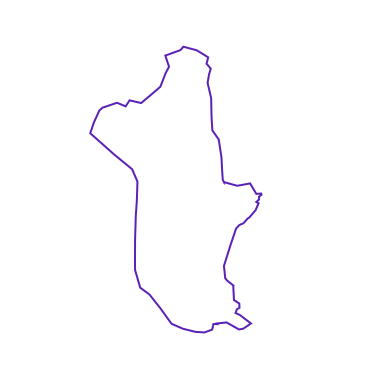 Bokomu, Gbapolu, Liberia, rotated 304°
{"feature_id": "62588387B58325877345443", "entity_name": "Bokomu", "entity_type": "district", "adm_level": 2, "iso_a3": "LBR", "parent_name": "Liberia", "parent_adm1": "Gbapolu", "projection": "robinson", "projection_center": [-10.158, 7.228], "detail": "fine", "context": "isolated", "style": "outline", "palette": "violet", "viewbox_px": 384, "rotation_deg": 304, "n_neighbors": 0, "source": "geoboundaries", "source_scale": "gbopen_adm2", "svg_char_len": 1447}
<svg xmlns="http://www.w3.org/2000/svg" viewBox="0 0 384 384"><g transform="rotate(304 192 192)"><path d="M183.8,74.8L179.6,106.2L177.4,129.6L170.7,140.1L170.2,140.9L155.9,149.9L153.3,151.5L140.5,158.9L129.5,165.9L127.7,167.0L120.3,171.7L104.6,182.2L95.5,188.4L83.7,202.6L83.4,210.5L83.2,214.2L82.2,217.3L78.4,229.3L78.2,230.0L71.3,248.7L73.6,261.1L75.8,267.1L78.0,273.1L82.5,280.8L89.2,285.7L94.5,283.6L96.5,286.7L96.8,286.0L103.2,293.6L104.3,307.8L107.3,310.9L116.0,314.4L116.8,300.2L116.0,295.8L119.8,294.8L122.6,296.1L126.0,293.5L125.9,287.2L137.1,278.8L137.3,278.7L137.6,278.7L138.2,270.6L139.0,268.4L139.0,267.9L139.2,267.7L148.6,259.8L167.9,254.1L168.8,253.8L186.3,249.0L191.0,249.7L194.8,252.1L201.1,253.0L203.1,253.8L203.8,253.9L211.2,254.7L212.4,254.9L219.9,253.5L219.7,251.4L219.7,250.9L223.3,251.8L225.5,250.2L228.6,251.1L229.4,250.2L226.4,246.4L231.3,236.0L231.6,235.4L223.4,227.0L222.4,225.9L218.2,213.3L217.8,213.4L219.4,210.6L228.2,203.8L236.6,197.5L237.7,196.6L250.5,184.8L254.4,174.5L260.2,170.0L265.1,166.3L267.6,164.5L278.1,157.1L280.4,155.5L287.3,148.1L291.2,143.9L298.9,140.4L304.7,138.6L306.5,132.3L312.7,130.1L312.3,120.3L312.1,116.5L311.3,114.2L307.6,103.6L303.2,103.1L300.6,101.2L290.2,93.6L283.0,102.9L275.8,103.7L261.5,106.9L249.1,103.5L243.6,101.9L237.3,100.1L235.4,95.1L233.1,89.0L225.9,89.1L224.9,84.1L224.0,79.9L211.9,70.7L207.8,69.6L194.8,71.8L183.8,74.8Z" fill="none" stroke="#5b21b6" stroke-width="2"/></g></svg>